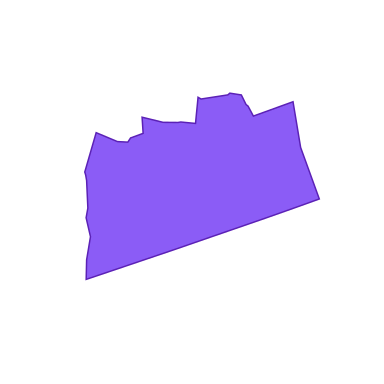 outline of Lehigh, Pennsylvania, United States of America, rotated 301°
{"feature_id": "52423323B14765757601451", "entity_name": "Lehigh", "entity_type": "district", "adm_level": 2, "iso_a3": "USA", "parent_name": "United States of America", "parent_adm1": "Pennsylvania", "projection": "orthographic", "projection_center": [-75.565, 40.603], "detail": "fine", "context": "isolated", "style": "filled", "palette": "violet", "viewbox_px": 384, "rotation_deg": 301, "n_neighbors": 0, "source": "geoboundaries", "source_scale": "gbopen_adm2", "svg_char_len": 609}
<svg xmlns="http://www.w3.org/2000/svg" viewBox="0 0 384 384"><g transform="rotate(301 192 192)"><path d="M124.6,111.0L115.4,114.5L101.4,128.0L79.6,136.6L62.6,146.3L132.9,206.0L162.9,231.1L178.4,244.1L207.3,268.3L230.3,287.3L251.6,304.7L286.1,262.2L321.4,232.1L288.7,205.5L294.5,195.8L294.8,193.3L300.6,184.3L296.2,173.5L293.7,172.7L276.4,151.9L276.3,148.4L269.4,151.7L259.7,156.3L252.6,159.7L246.2,146.3L244.4,144.2L236.8,131.3L230.4,110.7L217.1,119.9L206.7,111.5L201.7,111.3L196.8,102.1L193.5,79.3L153.9,89.8L151.7,92.2L147.5,95.8L124.6,111.0Z" fill="#8b5cf6" stroke="#5b21b6" stroke-width="1.5"/></g></svg>